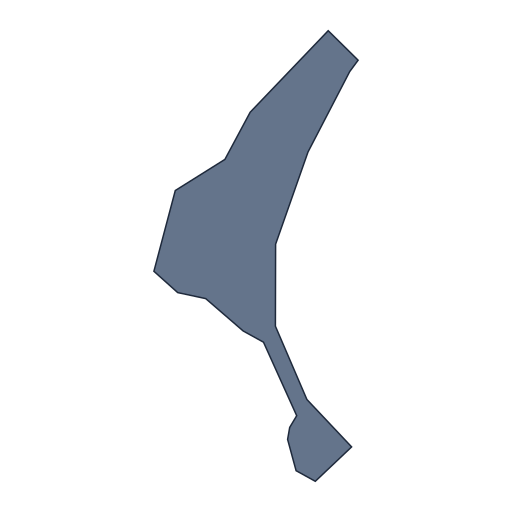 an SVG outline of Podčetrtek
{"feature_id": "SVN-213", "entity_name": "Podčetrtek", "entity_type": "Municipality", "adm_level": 1, "iso_a3": "SVN", "parent_name": "Slovenia", "parent_adm1": "", "projection": "albers", "projection_center": [15.593, 46.135], "detail": "fine", "context": "isolated", "style": "filled", "palette": "slate", "viewbox_px": 512, "rotation_deg": 0, "n_neighbors": 0, "source": "natural_earth", "source_scale": "10m", "svg_char_len": 415}
<svg xmlns="http://www.w3.org/2000/svg" viewBox="0 0 512 512"><path d="M358.1,60.2L349.7,71.6L308.0,152.0L275.6,244.2L275.4,326.2L306.9,399.5L351.6,446.9L351.4,447.1L315.3,481.3L296.1,470.7L287.6,439.4L289.7,427.4L296.7,415.7L263.5,342.2L243.2,331.0L205.7,298.6L177.7,292.6L153.9,271.3L175.3,190.5L224.9,159.4L250.2,112.2L328.2,30.7L357.0,59.1L358.1,60.2Z" fill="#64748b" stroke="#1e293b" stroke-width="1.5"/></svg>